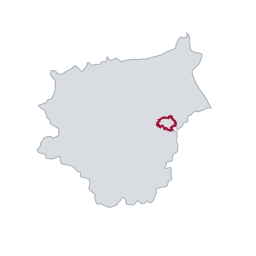 Iwye, Grodno, Belarus (highlighted), rotated 162°
{"feature_id": "67162791B89656925241953", "entity_name": "Iwye", "entity_type": "district", "adm_level": 2, "iso_a3": "BLR", "parent_name": "Belarus", "parent_adm1": "Grodno", "projection": "orthographic", "projection_center": [25.918, 54.018], "detail": "fine", "context": "in_parent", "style": "outline", "palette": "rose", "viewbox_px": 256, "rotation_deg": 162, "n_neighbors": 0, "source": "geoboundaries", "source_scale": "gbopen_adm2", "svg_char_len": 6352}
<svg xmlns="http://www.w3.org/2000/svg" viewBox="0 0 256 256"><g transform="rotate(162 128 128)"><path d="M206.1,177.2L202.3,177.3L197.8,177.7L195.4,179.7L192.6,179.1L190.7,180.2L186.5,185.4L184.9,188.2L183.5,192.3L182.7,195.4L183.4,197.5L184.3,199.4L184.7,201.5L185.2,203.1L184.1,204.4L183.6,206.1L181.6,206.0L179.2,204.5L178.6,202.1L176.6,200.5L175.4,199.7L173.4,199.7L170.3,200.7L166.3,201.5L163.2,201.8L161.5,202.8L159.1,203.7L158.1,202.8L156.6,200.1L155.3,197.4L154.5,196.3L153.8,196.0L153.0,196.1L152.0,197.0L151.4,197.9L148.8,199.0L147.7,200.1L146.6,202.6L145.7,202.5L144.8,201.9L143.7,199.2L142.4,198.6L140.2,198.6L137.5,198.1L135.3,197.3L134.5,197.6L133.2,198.8L131.8,199.0L128.7,198.0L128.1,198.5L126.5,201.7L125.6,201.8L125.1,201.5L125.3,198.8L123.5,197.9L120.5,197.8L118.4,198.2L117.4,198.1L116.8,197.6L114.2,193.2L112.8,192.9L110.4,193.2L106.7,192.7L102.6,191.7L100.3,191.4L99.1,190.4L96.5,190.0L89.7,188.1L86.9,187.8L82.7,187.8L76.5,187.3L72.4,187.5L70.6,188.1L68.4,188.4L60.9,188.8L58.3,189.3L57.5,190.2L56.6,192.3L53.4,195.8L50.3,198.1L49.8,198.3L48.0,196.9L46.6,196.5L44.9,196.3L43.7,196.7L42.9,197.2L42.9,200.0L42.7,200.2L41.5,196.9L41.7,193.9L42.5,192.3L43.4,190.8L43.1,188.5L44.1,185.5L44.2,183.3L43.8,182.3L43.2,181.2L41.3,179.9L40.5,179.0L37.9,177.6L35.4,175.9L35.0,174.9L35.1,174.3L35.6,173.3L37.7,170.4L39.9,167.7L41.3,166.6L48.6,163.1L49.8,161.9L50.1,159.7L50.1,155.3L49.8,151.3L49.3,148.6L48.1,143.4L44.8,132.6L42.9,121.4L44.3,122.1L47.7,122.5L50.4,121.8L51.7,121.7L53.0,122.0L56.5,121.5L57.3,122.5L58.8,123.4L61.9,122.2L64.7,120.7L67.5,120.9L67.9,120.2L68.7,116.2L69.5,115.4L72.9,115.8L74.2,115.1L75.5,113.2L77.5,112.0L79.1,112.1L80.8,110.7L81.7,111.6L82.1,113.3L81.5,114.5L81.8,115.1L82.9,115.7L85.0,115.7L86.3,115.2L86.6,114.4L86.6,113.1L86.3,111.8L85.4,110.7L83.8,110.2L82.7,110.1L82.5,109.5L82.9,108.0L83.9,105.3L85.1,102.8L85.9,101.9L86.0,101.1L85.9,99.6L85.8,96.9L86.9,93.2L88.4,90.4L90.4,89.5L92.8,89.0L94.3,87.6L95.1,86.1L95.7,83.7L96.5,83.2L102.2,83.4L103.1,81.0L103.6,80.4L104.7,79.6L105.4,78.8L105.1,78.1L103.7,77.7L100.2,77.4L99.5,76.6L99.7,75.6L100.6,73.1L101.5,69.9L101.9,67.4L101.9,66.0L102.4,65.6L105.2,65.1L106.1,64.6L108.4,61.2L110.2,60.6L115.0,61.3L117.1,61.2L119.8,61.4L120.1,61.1L121.0,57.7L125.4,52.2L127.8,50.3L129.4,49.9L129.9,49.9L132.5,52.7L133.1,52.8L134.7,51.5L137.5,51.3L138.9,52.3L140.9,55.6L141.9,56.0L144.6,54.0L146.1,53.3L147.1,53.2L152.5,55.7L152.9,56.5L153.0,57.5L152.3,60.7L153.5,62.6L154.8,63.8L157.4,61.5L158.4,60.9L159.5,60.8L160.9,59.9L161.9,58.6L162.9,58.2L164.8,58.3L168.3,57.9L172.4,59.5L172.8,60.1L175.0,62.1L175.8,63.2L176.5,63.5L177.7,64.5L179.2,65.1L180.1,64.8L180.7,65.1L181.2,66.0L181.3,67.4L181.5,71.6L180.1,73.9L180.0,74.6L180.1,75.5L181.4,77.3L183.1,79.9L183.6,81.5L183.7,82.7L181.9,86.4L181.3,87.3L180.9,89.1L180.8,90.9L181.0,91.6L184.6,94.2L187.3,95.6L188.0,96.3L188.0,96.8L186.9,99.9L186.8,100.7L189.0,101.8L190.3,103.7L191.5,106.9L193.8,109.9L201.5,113.8L202.2,114.6L202.5,115.5L202.5,117.7L201.4,121.8L202.8,122.3L206.0,121.9L210.0,122.0L215.1,124.5L215.2,125.7L214.8,127.0L215.3,128.2L215.9,129.2L220.3,132.0L220.8,132.9L221.0,134.4L221.0,135.6L219.9,135.9L218.7,136.6L216.7,138.1L216.0,140.1L212.9,143.1L210.9,144.5L209.2,144.7L205.2,144.5L203.6,143.3L203.0,142.1L201.4,141.7L199.3,141.8L196.5,142.3L196.0,142.7L195.7,144.2L194.6,146.8L193.9,148.3L197.9,153.1L199.8,155.0L200.5,156.2L200.6,157.1L199.8,158.2L200.1,160.4L202.1,163.0L201.5,163.5L201.6,167.0L201.9,170.7L202.4,171.5L203.5,172.2L204.4,173.5L206.0,176.4L206.1,177.2Z" fill="#d9dde1" stroke="#a8b0b8" stroke-width="1"/><path d="M86.8,112.5L87.1,112.7L86.9,112.8L86.6,113.0L86.6,113.6L87.0,113.9L87.0,114.1L86.8,114.5L87.0,114.7L87.1,115.0L86.8,115.2L86.6,115.2L86.3,115.2L86.1,115.1L86.0,114.9L85.6,115.0L85.4,115.1L85.2,115.5L85.2,115.8L84.9,115.8L84.6,116.0L84.2,116.1L84.0,115.9L83.8,115.7L83.4,115.6L83.2,115.5L83.0,115.4L82.3,115.8L82.0,115.8L81.8,115.9L81.8,116.1L82.0,116.3L81.9,116.4L81.8,116.6L81.9,116.8L82.0,117.0L82.1,117.4L81.9,117.5L81.7,117.5L81.2,117.5L80.9,117.6L80.9,117.9L80.9,118.1L81.0,118.4L81.1,118.5L81.3,118.7L81.4,119.0L81.0,119.3L81.0,119.5L81.3,120.2L81.3,120.5L81.5,120.6L81.8,120.7L82.0,120.8L82.0,121.1L82.0,121.3L82.1,121.5L82.3,121.6L82.5,121.8L82.4,121.9L82.3,122.1L82.4,122.4L82.6,122.4L82.8,122.6L82.8,122.8L82.9,123.1L82.9,123.3L83.1,123.4L83.4,123.5L83.4,123.8L83.4,124.0L83.1,124.4L83.0,124.6L82.9,124.8L83.0,124.9L83.0,125.0L83.0,125.4L83.0,125.5L83.3,125.7L83.3,125.9L83.4,126.0L83.7,126.2L84.0,126.1L84.1,125.9L84.2,125.7L84.4,125.5L84.6,125.4L84.8,125.3L85.0,125.5L84.9,125.9L85.0,126.1L85.1,126.3L85.4,126.3L85.5,126.1L85.6,125.9L85.8,125.8L85.9,125.7L86.0,125.6L86.1,125.4L86.2,125.1L86.3,125.0L86.5,125.4L86.8,125.3L86.9,125.2L87.2,125.3L87.3,125.4L87.5,125.6L88.0,125.7L88.5,125.7L88.7,125.8L88.9,125.9L89.0,126.0L89.3,126.2L89.3,126.4L89.4,126.6L89.5,126.7L89.8,126.7L90.0,126.7L90.3,126.9L90.5,127.0L90.7,126.9L90.8,126.8L90.9,126.7L91.1,126.6L91.4,126.7L91.5,126.7L91.8,126.8L92.0,126.9L92.2,127.0L92.3,126.9L92.5,126.9L93.0,126.8L93.2,126.7L93.3,126.6L93.6,126.5L93.7,126.4L94.0,126.3L94.4,126.2L94.6,126.2L94.8,126.2L95.1,126.2L95.5,126.2L95.4,126.1L95.5,126.0L95.9,125.9L95.9,125.6L95.9,125.4L95.9,125.1L95.9,124.9L96.1,124.9L96.3,124.7L96.7,124.6L96.8,124.8L96.9,124.7L97.2,124.4L97.3,124.3L97.4,124.2L97.6,124.0L98.0,124.0L98.1,123.9L98.4,123.8L98.3,123.6L98.1,123.3L98.1,123.1L98.2,122.9L98.4,122.8L98.7,122.8L99.0,122.7L99.3,122.6L99.5,122.4L99.5,122.0L99.4,121.6L99.2,121.3L99.0,121.0L98.8,120.7L98.7,120.5L98.3,120.7L98.1,120.8L97.9,121.0L97.7,121.1L97.4,121.1L97.4,120.9L97.5,120.6L97.5,120.3L97.4,119.9L97.4,119.5L97.4,119.2L97.3,118.9L97.1,118.7L97.0,118.8L96.7,118.9L96.4,119.1L96.1,119.3L95.7,119.5L95.4,119.7L95.1,119.8L94.7,119.8L94.5,119.7L94.4,119.5L94.2,119.2L94.1,118.8L94.1,118.5L94.0,118.1L93.9,117.7L93.8,117.2L93.7,117.0L93.5,116.8L93.5,116.6L93.6,116.3L93.6,116.1L93.8,115.7L93.7,115.6L93.3,115.7L93.2,115.6L92.9,115.7L93.1,115.9L93.1,116.2L93.0,116.3L92.8,116.4L92.4,116.4L92.0,116.3L91.8,116.1L91.5,116.0L91.4,115.6L91.3,115.4L91.4,115.2L91.5,115.1L91.4,115.0L91.3,114.7L91.2,114.5L91.1,114.4L90.8,114.3L90.8,114.1L90.7,114.0L90.2,113.9L90.1,113.7L89.9,113.5L89.5,113.5L89.4,113.3L89.3,113.1L89.0,113.2L88.8,113.1L88.8,112.9L88.8,112.5L88.3,112.5L87.6,112.4L86.8,112.5Z" fill="none" stroke="#9f1239" stroke-width="2"/></g></svg>